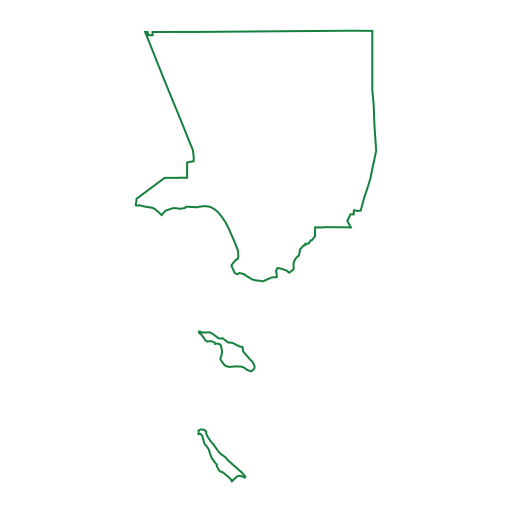 Los Angeles, California, United States of America
{"feature_id": "52423323B87301828944684", "entity_name": "Los Angeles", "entity_type": "district", "adm_level": 2, "iso_a3": "USA", "parent_name": "United States of America", "parent_adm1": "California", "projection": "mercator", "projection_center": [-118.385, 33.812], "detail": "fine", "context": "isolated", "style": "outline", "palette": "green", "viewbox_px": 512, "rotation_deg": 0, "n_neighbors": 0, "source": "geoboundaries", "source_scale": "gbopen_adm2", "svg_char_len": 2791}
<svg xmlns="http://www.w3.org/2000/svg" viewBox="0 0 512 512"><path d="M372.3,30.9L352.5,30.7L250.3,31.5L202.0,31.9L152.6,32.0L152.6,35.2L148.4,35.2L147.5,32.0L145.1,31.9L147.6,38.1L163.2,77.3L174.0,103.7L177.0,110.9L177.0,111.0L182.5,124.5L186.6,134.7L190.0,143.1L192.9,150.2L193.5,155.1L193.7,156.5L193.7,161.3L190.8,161.7L190.4,161.7L187.1,162.5L187.1,167.0L187.1,170.9L187.1,177.8L182.3,177.7L180.5,177.7L176.8,177.9L164.7,177.8L152.2,187.1L136.6,198.7L135.8,205.3L137.1,205.7L139.0,205.2L144.9,206.6L152.5,207.8L155.2,209.3L158.7,212.3L161.7,215.1L165.1,211.0L165.7,210.6L172.8,208.2L175.2,208.1L180.0,208.8L185.0,208.0L185.7,207.0L187.0,206.7L197.9,207.3L199.0,206.7L205.4,206.1L205.8,206.2L210.2,206.8L214.6,209.3L217.7,211.9L221.1,215.9L221.4,216.3L225.5,222.3L228.8,228.7L232.6,237.4L234.3,241.3L238.1,250.9L238.3,256.6L237.7,259.0L235.8,259.9L232.4,264.0L231.4,265.6L234.6,272.9L237.3,274.3L239.5,273.0L244.0,274.1L245.1,275.1L249.0,277.5L251.0,278.7L252.0,279.4L255.7,280.4L259.4,280.7L262.8,281.4L267.7,279.2L271.4,277.5L276.8,277.1L276.7,274.2L276.0,271.3L277.2,268.2L278.2,268.1L281.7,268.8L283.6,269.5L286.2,270.4L289.3,272.7L293.7,269.2L293.5,263.1L295.1,259.3L297.4,256.6L299.0,255.6L299.0,254.6L299.8,252.2L299.8,249.7L303.8,245.3L305.4,245.2L305.4,243.7L308.6,243.6L310.8,240.3L311.8,240.3L315.0,236.3L315.1,227.4L316.9,227.4L324.4,227.4L325.6,227.1L350.8,227.4L347.3,220.9L350.5,214.3L353.7,214.4L353.7,211.1L354.0,210.2L358.0,211.0L360.7,210.6L364.2,197.6L365.4,194.2L367.4,188.2L370.3,178.9L370.4,178.3L372.9,166.2L374.3,159.6L376.2,150.7L375.4,139.6L375.1,134.7L375.0,133.5L374.5,126.5L373.6,103.8L372.3,90.4L372.3,64.0L372.3,30.9ZM199.0,331.5L198.9,331.9L199.5,333.4L200.8,334.0L204.1,338.2L205.1,340.1L206.4,341.2L207.3,341.5L211.3,341.2L213.9,342.1L215.2,343.3L215.2,343.9L217.4,343.5L220.3,344.5L221.0,346.2L222.2,351.9L221.4,355.5L220.3,358.5L221.5,361.2L224.6,365.2L226.3,366.2L229.3,366.9L236.1,366.4L241.4,366.6L244.0,367.6L247.2,369.9L250.5,371.2L252.1,370.8L254.3,368.7L254.6,366.5L253.3,363.1L252.2,361.5L250.7,360.2L243.1,351.4L242.6,347.3L242.2,346.8L240.0,346.7L232.3,342.8L228.2,342.5L222.3,338.1L220.9,338.6L218.2,338.2L218.1,337.9L212.5,333.8L209.9,332.4L202.3,332.5L199.9,331.6L199.0,331.5ZM198.6,430.5L198.5,434.1L200.4,433.9L202.1,435.5L204.6,444.1L206.9,446.6L208.7,449.4L211.6,458.0L213.6,460.4L213.6,460.9L216.8,464.6L216.7,465.7L216.9,466.3L218.9,470.1L220.4,471.6L222.6,472.2L228.4,476.9L231.4,479.9L231.2,480.2L231.9,481.3L236.5,476.9L237.7,476.1L239.0,475.8L240.4,476.0L244.0,477.0L244.7,477.6L245.3,476.6L242.2,472.8L228.0,460.4L225.5,457.3L222.1,454.9L220.9,454.2L218.8,451.9L212.8,443.7L210.8,441.5L207.2,435.9L206.2,433.2L206.3,431.8L205.4,430.9L204.3,429.8L200.8,429.4L198.6,430.5Z" fill="none" stroke="#15803d" stroke-width="2"/></svg>